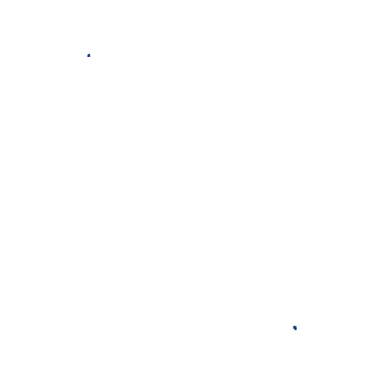 the district of Unincorp. Other Territories, Jervis Bay Territory, Australia, rotated 257°
{"feature_id": "25037944B57060386363407", "entity_name": "Unincorp. Other Territories", "entity_type": "district", "adm_level": 2, "iso_a3": "AUS", "parent_name": "Australia", "parent_adm1": "Jervis Bay Territory", "projection": "albers", "projection_center": [162.065, -32.098], "detail": "fine", "context": "isolated", "style": "filled", "palette": "blue", "viewbox_px": 384, "rotation_deg": 257, "n_neighbors": 0, "source": "geoboundaries", "source_scale": "gbopen_adm2", "svg_char_len": 1113}
<svg xmlns="http://www.w3.org/2000/svg" viewBox="0 0 384 384"><g transform="rotate(257 192 192)"><path d="M35.0,262.6L35.1,262.4L35.3,262.3L35.5,262.2L35.9,262.0L36.0,262.0L36.3,262.0L36.5,262.1L36.7,262.3L36.7,262.2L36.7,262.3L36.8,262.3L36.8,262.2L36.8,262.3L36.8,262.5L36.7,262.6L36.8,262.6L37.0,262.6L36.9,262.6L37.0,262.6L37.1,262.4L37.2,262.2L37.3,262.2L37.5,262.2L37.8,262.0L37.9,261.9L37.9,261.7L37.9,261.4L37.9,261.2L37.7,261.0L37.6,261.3L37.4,261.3L37.2,261.3L37.0,261.2L36.9,261.1L36.1,261.0L36.0,261.3L35.9,261.3L35.8,261.5L35.7,261.7L35.5,261.8L35.4,261.8L35.4,261.7L35.3,261.8L35.3,261.7L35.2,261.7L35.0,261.8L35.0,261.7L34.9,261.7L34.9,261.8L35.0,261.8L35.2,262.0L35.1,262.3L35.0,262.5L35.0,262.6ZM347.8,122.5L348.0,122.7L348.3,122.7L348.2,122.6L348.3,122.7L348.4,122.8L348.5,122.7L348.8,122.7L348.8,122.4L348.9,122.5L349.0,122.5L349.0,122.4L349.0,122.2L348.9,122.0L348.9,121.9L348.7,121.9L348.4,121.7L348.2,121.5L348.1,121.4L347.9,121.4L347.7,121.3L347.6,121.5L347.6,121.8L347.6,122.0L347.6,122.3L347.5,122.5L347.8,122.5L347.8,122.5Z" fill="#3b82f6" stroke="#1e3a8a" stroke-width="1.5"/></g></svg>